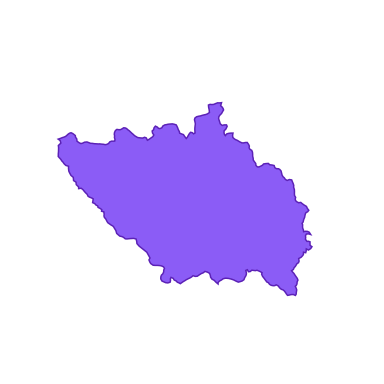 Mutum, Minas Gerais, Brazil, rotated 121°
{"feature_id": "56859067B47426094503718", "entity_name": "Mutum", "entity_type": "district", "adm_level": 2, "iso_a3": "BRA", "parent_name": "Brazil", "parent_adm1": "Minas Gerais", "projection": "orthographic", "projection_center": [-41.459, -19.934], "detail": "fine", "context": "isolated", "style": "filled", "palette": "violet", "viewbox_px": 384, "rotation_deg": 121, "n_neighbors": 0, "source": "geoboundaries", "source_scale": "gbopen_adm2", "svg_char_len": 5447}
<svg xmlns="http://www.w3.org/2000/svg" viewBox="0 0 384 384"><g transform="rotate(121 192 192)"><path d="M227.4,50.1L225.9,50.1L224.3,50.9L222.0,51.8L220.7,53.3L219.6,54.9L218.2,54.5L216.7,54.7L214.9,55.6L213.0,55.8L211.8,57.3L211.0,59.1L210.3,60.7L209.3,62.7L208.8,64.5L208.2,66.1L206.2,65.2L204.3,65.5L202.6,65.1L200.9,65.1L199.3,65.1L197.8,64.3L196.1,64.6L194.1,66.3L191.9,64.9L189.7,64.4L188.3,64.3L186.2,65.4L185.5,63.3L183.9,63.7L181.9,64.7L181.8,62.3L179.4,61.1L177.1,61.0L176.9,63.3L175.4,64.3L173.9,65.2L174.2,66.7L175.1,68.0L174.1,70.4L172.3,71.2L171.1,72.2L169.1,72.3L167.8,70.4L167.3,68.4L166.1,70.8L166.3,72.7L167.2,74.5L168.5,75.9L166.9,77.2L166.0,78.5L164.6,79.5L163.1,80.3L162.2,81.5L160.5,81.3L158.0,82.1L155.7,82.4L153.9,83.1L152.2,83.6L150.7,83.6L149.5,82.7L147.5,82.5L146.7,84.6L145.4,86.5L145.4,89.5L145.2,91.7L144.9,93.4L146.3,95.1L146.4,97.4L145.9,98.9L144.9,99.9L143.2,100.4L142.2,102.3L140.6,103.4L139.0,104.3L137.2,105.5L135.5,107.4L133.9,108.2L132.6,109.7L131.6,111.1L130.3,112.8L131.2,115.0L133.1,116.4L133.1,118.5L132.3,120.2L132.0,121.9L131.1,123.5L129.5,125.1L128.1,126.5L127.5,128.3L127.5,129.8L128.5,131.6L128.5,133.5L127.0,135.2L127.6,137.2L128.6,139.4L128.2,141.3L129.6,143.3L131.1,145.1L132.8,145.4L134.4,146.4L136.1,147.6L136.8,149.0L136.3,150.9L134.7,152.1L133.9,154.1L133.0,156.0L131.5,157.0L130.1,158.4L128.2,159.6L126.7,160.7L125.5,162.3L125.6,164.2L124.7,165.8L123.1,166.5L122.1,167.9L121.1,170.2L122.2,171.9L123.3,173.0L124.2,174.6L124.4,177.0L124.4,179.9L124.7,181.8L124.6,183.3L124.2,185.1L122.5,186.4L120.4,187.2L121.4,188.9L122.7,190.6L124.2,192.1L126.5,192.5L125.7,194.2L124.4,195.3L122.8,196.0L121.0,195.4L119.3,195.5L117.6,195.7L116.7,197.0L118.0,199.1L119.4,200.4L119.0,202.9L117.1,205.0L115.5,206.9L113.6,207.8L111.3,207.6L109.6,207.1L107.4,207.2L105.4,207.2L104.3,208.5L103.5,210.4L103.3,211.9L101.7,212.3L100.2,212.7L101.4,214.2L102.4,216.0L103.9,217.2L105.7,218.5L106.8,220.0L107.6,221.7L109.0,222.7L110.8,221.4L112.7,219.6L114.9,218.0L117.1,219.0L118.6,220.2L119.9,221.6L121.1,222.8L122.4,223.9L123.5,225.2L125.1,226.8L127.1,227.6L128.8,227.1L130.3,225.6L131.9,224.2L134.0,223.3L135.7,222.5L137.1,221.7L138.4,220.8L139.8,219.8L141.3,220.6L141.0,222.4L141.6,224.0L143.3,224.3L145.6,224.3L147.6,224.2L149.1,224.5L148.1,227.0L147.2,228.9L147.6,230.8L147.9,232.9L146.6,234.1L145.6,235.9L144.4,237.3L143.5,238.6L142.6,240.1L143.1,242.2L143.7,243.9L145.1,245.9L146.3,247.5L147.4,248.6L148.5,249.9L150.5,251.0L152.5,250.9L154.2,252.2L154.7,253.6L154.2,255.0L154.4,257.3L156.5,257.6L158.4,257.0L160.2,257.6L161.8,256.2L162.8,254.1L164.8,254.1L167.0,255.1L169.1,256.0L170.6,256.9L169.2,259.0L169.5,260.8L171.2,262.1L172.2,264.1L173.3,266.6L173.3,268.6L173.3,270.3L172.9,271.9L172.6,273.8L172.2,275.6L171.8,277.4L171.7,278.9L171.3,280.8L171.5,282.3L172.2,283.7L173.7,284.4L175.4,285.4L176.3,286.8L177.0,288.6L178.7,289.3L180.8,289.1L182.5,288.4L183.8,287.2L185.2,286.6L186.6,285.1L188.1,284.5L189.1,285.8L189.8,287.1L191.4,288.3L193.4,288.5L195.0,289.5L196.1,290.7L196.7,292.5L197.5,294.1L198.3,295.9L199.1,297.1L199.8,298.5L200.9,300.6L201.7,302.6L202.5,304.0L202.8,305.7L203.2,307.8L204.7,309.8L206.6,311.0L207.7,312.2L207.9,314.0L207.7,316.7L205.8,318.2L205.0,320.1L203.7,321.1L203.5,322.6L203.3,324.3L203.5,326.2L204.6,327.2L206.0,327.9L207.7,328.4L209.5,329.0L211.0,330.1L212.1,331.1L213.7,332.3L215.6,333.9L215.8,331.5L217.6,329.6L221.0,330.5L222.7,329.2L226.2,327.2L227.9,326.4L230.5,324.9L231.6,321.2L232.4,319.7L232.8,318.1L233.7,316.1L234.2,313.8L233.5,311.1L235.4,310.0L237.5,308.4L238.5,307.0L240.1,304.3L240.6,301.3L243.2,299.4L243.3,296.5L245.3,295.0L246.0,291.9L247.5,290.9L245.9,289.0L246.1,286.8L246.9,284.7L247.5,282.8L248.0,280.6L249.2,278.9L249.2,277.2L248.8,274.8L248.8,273.1L252.3,271.7L252.0,269.4L252.6,267.8L252.5,265.6L253.6,264.6L253.4,262.6L253.6,260.3L255.1,259.6L254.4,257.4L256.4,255.8L257.9,255.1L258.9,254.0L259.6,251.9L261.0,249.7L261.7,248.3L262.0,244.1L261.9,242.5L262.3,241.1L263.1,239.7L264.2,237.5L266.3,235.2L266.7,233.0L267.0,231.2L266.2,228.7L266.2,226.8L266.5,225.1L265.8,223.7L263.7,220.9L261.8,218.1L261.1,215.7L262.9,213.9L264.6,212.6L265.6,209.5L266.9,199.7L270.2,194.0L272.4,193.9L273.7,192.2L274.6,190.5L274.8,187.6L273.8,185.6L272.7,183.8L271.8,182.0L271.1,180.3L270.8,177.9L271.6,176.3L273.5,176.0L275.2,175.1L277.3,174.9L279.0,175.4L280.8,175.0L282.6,174.0L283.8,171.9L283.6,170.3L283.3,167.9L282.4,165.9L280.6,164.3L279.0,164.8L277.7,165.8L276.0,166.0L275.7,163.6L276.6,162.0L276.4,159.8L276.9,158.1L276.6,156.3L276.6,154.8L275.2,154.2L273.4,153.4L271.8,152.5L270.1,151.7L268.2,150.5L266.4,149.3L265.0,148.6L263.2,148.0L262.7,145.8L261.5,144.1L259.1,143.0L257.1,142.0L255.4,140.7L253.4,140.0L252.7,137.3L252.7,135.0L254.1,133.3L255.4,132.2L256.4,130.2L256.3,127.4L257.0,124.9L257.4,122.3L256.1,123.0L254.2,122.6L252.4,121.5L250.3,120.6L248.8,119.1L248.1,117.9L247.2,116.0L246.4,113.4L245.9,111.0L245.7,108.1L245.4,105.9L244.3,104.8L242.5,103.2L240.4,102.3L238.4,102.7L235.9,102.7L234.1,103.2L232.8,104.2L231.5,105.5L230.1,104.5L231.3,102.6L230.3,101.2L228.2,100.4L227.4,98.6L226.8,97.2L225.6,96.0L225.3,94.1L225.1,92.3L225.1,90.4L226.6,90.0L228.0,88.0L228.9,85.6L229.8,83.5L230.6,81.5L230.4,79.8L231.2,78.0L231.2,76.1L230.5,74.1L229.6,72.8L228.2,72.0L228.1,69.7L229.0,67.6L229.4,65.4L229.0,63.4L229.3,61.8L230.0,60.1L230.8,58.5L231.4,56.9L230.4,55.7L228.9,54.2L227.7,52.4L227.4,50.1Z" fill="#8b5cf6" stroke="#5b21b6" stroke-width="1.5"/></g></svg>